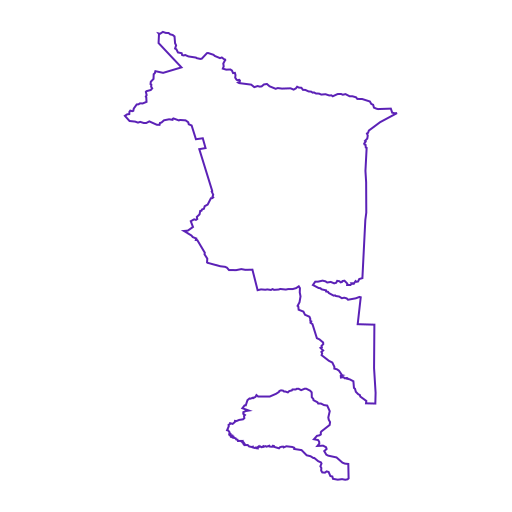 Kasena Nankana West, Upper East, Ghana, rotated 92°
{"feature_id": "2480657B70680953475259", "entity_name": "Kasena Nankana West", "entity_type": "district", "adm_level": 2, "iso_a3": "GHA", "parent_name": "Ghana", "parent_adm1": "Upper East", "projection": "equal_earth", "projection_center": [-1.202, 10.874], "detail": "fine", "context": "isolated", "style": "outline", "palette": "violet", "viewbox_px": 512, "rotation_deg": 92, "n_neighbors": 0, "source": "geoboundaries", "source_scale": "gbopen_adm2", "svg_char_len": 6061}
<svg xmlns="http://www.w3.org/2000/svg" viewBox="0 0 512 512"><g transform="rotate(92 256 256)"><path d="M120.5,391.9L125.5,387.1L125.9,381.5L126.8,378.6L126.0,376.4L127.0,372.8L126.9,370.3L125.2,367.3L128.3,359.7L128.3,357.0L126.4,356.6L125.9,355.1L123.6,352.7L122.4,347.6L122.8,344.2L121.8,344.0L121.4,343.3L123.2,337.8L122.7,336.8L122.9,331.1L124.7,328.4L126.7,327.8L127.8,324.9L141.4,320.1L140.2,313.3L149.9,310.2L151.2,316.4L192.6,302.0L193.1,302.5L196.3,300.9L198.1,301.5L198.9,300.8L199.7,301.7L199.9,303.1L206.3,306.1L208.0,309.0L210.6,309.7L211.4,311.6L212.7,312.1L212.9,313.3L216.4,313.9L219.0,316.5L221.1,316.0L222.0,317.3L221.5,319.1L223.5,322.4L229.2,320.0L233.0,325.0L233.5,328.9L237.8,321.2L239.3,319.9L240.6,316.3L242.1,316.7L242.2,315.2L254.5,307.3L256.1,307.5L260.3,304.6L264.1,304.7L264.5,304.2L267.5,291.3L267.9,286.5L268.7,284.6L271.0,282.5L270.8,275.3L269.6,270.2L270.2,266.2L269.8,259.1L290.1,253.2L289.2,249.8L289.4,245.5L289.0,243.5L289.4,239.9L288.5,238.3L289.2,236.8L288.7,232.1L288.1,230.7L288.5,225.0L287.9,222.6L287.8,218.3L286.7,214.8L284.8,212.2L286.6,211.0L290.9,211.0L294.8,210.1L300.7,210.9L304.4,212.7L304.9,212.0L308.2,211.5L309.9,206.7L313.0,205.0L314.8,200.5L316.7,199.6L318.9,199.5L319.4,198.5L320.8,199.2L322.1,197.2L336.0,192.3L337.1,189.7L340.1,185.9L341.7,185.7L343.6,187.4L344.9,187.0L345.6,188.3L348.1,185.6L349.6,187.3L350.9,186.5L352.8,187.0L358.2,179.5L359.8,176.0L364.0,173.8L365.8,173.8L366.4,171.2L367.7,169.1L371.4,166.4L372.0,166.7L372.2,165.7L372.8,167.1L374.5,166.9L374.0,164.4L375.1,163.1L374.7,160.8L375.1,160.2L375.5,160.5L376.0,158.0L377.8,154.3L384.4,153.5L385.3,152.4L388.2,151.5L390.5,149.1L391.4,147.3L392.8,146.9L397.0,140.7L399.4,140.9L399.3,131.6L388.6,131.7L363.9,134.1L320.5,135.3L320.6,152.0L293.6,149.9L293.3,151.2L294.8,154.8L296.5,162.5L295.2,163.9L294.6,166.4L295.2,168.7L293.6,171.5L293.2,174.8L292.6,175.6L292.9,177.0L290.5,181.9L289.3,182.8L289.0,184.7L287.9,184.8L287.0,189.4L286.0,190.4L285.8,192.3L283.0,198.1L279.6,195.9L279.5,193.2L278.3,188.6L278.9,185.7L280.0,183.9L279.3,180.4L280.6,176.9L279.9,174.9L278.0,174.0L278.3,171.8L279.4,170.4L278.8,169.0L278.0,168.7L277.6,166.7L280.4,163.8L281.8,163.9L281.7,160.6L280.4,159.6L280.4,158.7L279.9,159.2L279.8,157.0L277.6,155.6L278.3,154.8L277.9,153.1L275.4,152.0L274.4,148.9L216.2,148.0L208.8,147.3L178.5,148.5L167.1,149.6L144.1,149.2L143.7,150.1L141.1,150.4L140.7,151.5L139.8,151.8L137.9,150.4L137.2,151.1L134.8,148.9L131.8,148.5L129.7,149.4L129.0,148.3L126.7,147.6L117.9,136.6L108.3,120.1L108.5,122.4L108.0,124.9L104.0,126.4L104.9,139.2L104.6,140.7L103.6,143.3L100.8,144.2L100.0,146.1L97.6,147.6L95.4,155.4L95.5,160.2L93.9,161.6L93.0,165.2L93.1,168.0L91.1,172.2L91.8,174.9L91.1,176.7L91.3,180.1L93.7,184.9L92.8,186.2L93.0,188.4L91.9,192.2L92.4,196.4L91.5,198.7L91.5,201.8L90.5,203.8L90.8,205.0L89.8,206.7L89.7,209.2L88.3,212.5L88.3,214.9L86.3,216.5L86.2,219.0L85.4,220.8L87.1,222.0L88.4,224.2L87.2,227.3L87.8,235.9L87.4,240.1L88.2,242.2L85.9,248.4L83.7,251.1L84.3,254.1L86.3,256.3L86.6,258.2L86.1,260.3L87.3,263.6L84.9,266.8L83.8,278.8L83.3,279.8L82.6,278.4L81.2,278.2L80.5,279.0L81.0,280.4L80.6,281.5L78.5,283.0L75.9,282.8L73.7,283.5L74.0,285.3L71.5,286.5L70.5,288.1L70.8,292.3L69.9,295.7L67.6,294.9L64.8,295.4L61.1,293.6L60.8,292.8L60.9,294.1L58.8,297.1L59.5,298.9L57.5,304.2L56.4,305.5L54.8,311.0L55.0,312.1L60.7,317.1L61.0,318.5L60.3,322.3L59.8,322.9L58.9,330.5L57.6,333.8L58.1,335.2L57.8,336.8L55.9,337.4L55.3,341.1L52.2,342.8L51.5,344.1L48.3,343.2L46.2,344.3L39.4,345.1L38.0,347.0L37.5,349.5L36.2,351.1L36.2,353.9L35.3,356.9L37.3,359.7L37.0,361.1L37.5,360.7L46.6,360.8L70.1,337.1L76.2,355.2L74.8,363.0L76.8,363.5L77.9,364.6L82.6,364.6L85.5,367.2L87.9,367.4L88.4,366.6L90.5,366.7L92.1,365.6L93.8,367.0L95.1,371.2L95.8,371.8L99.0,370.9L100.6,371.7L101.2,371.2L105.8,370.8L107.5,374.6L107.5,377.3L108.5,378.7L108.7,380.5L112.9,383.3L115.2,383.7L115.6,384.8L115.1,386.7L116.2,387.5L118.6,387.6L118.9,389.7L120.5,391.9ZM447.4,252.6L447.9,250.6L447.4,249.5L448.1,249.0L448.2,247.6L447.1,247.8L446.3,246.8L447.0,246.7L446.1,245.3L446.9,243.9L445.9,242.1L446.5,242.0L445.7,239.8L446.2,238.8L445.2,236.2L445.9,236.0L446.1,234.0L446.0,232.7L445.1,232.5L445.2,231.5L446.1,231.2L447.4,226.3L446.3,225.4L445.7,223.7L445.6,222.1L446.3,221.7L445.1,219.0L445.6,213.1L446.3,211.1L447.5,211.1L448.4,203.7L453.4,198.4L454.2,194.5L455.9,191.6L455.8,190.7L458.9,186.7L460.0,183.9L461.1,183.3L463.9,184.3L465.6,183.3L468.1,183.4L470.0,182.2L470.1,179.5L468.8,177.9L469.3,175.9L473.3,174.0L473.7,172.0L476.0,171.3L476.7,166.5L476.0,162.2L476.5,159.0L476.0,156.7L475.0,155.7L460.6,156.5L460.4,159.9L459.5,162.4L454.5,168.5L453.0,176.9L452.1,178.8L448.6,181.0L446.4,178.7L444.7,179.3L443.2,182.3L443.7,188.0L441.3,186.2L439.4,186.4L437.8,187.5L437.1,191.7L433.6,188.8L433.0,186.3L432.1,185.0L429.9,185.1L429.0,184.5L422.3,176.5L419.4,176.2L417.1,177.6L414.8,178.1L408.5,176.9L403.0,179.6L402.6,182.9L401.2,185.9L401.3,188.7L400.0,189.5L398.1,193.5L396.8,193.8L395.2,195.3L390.3,195.6L388.7,197.2L386.9,201.1L386.9,202.6L388.5,206.2L387.2,208.8L387.3,210.7L388.0,211.6L388.1,214.9L389.1,215.5L389.8,218.0L391.2,219.4L390.4,222.0L390.5,223.2L389.6,224.3L389.4,226.3L390.1,227.9L391.1,228.4L393.0,231.1L396.0,237.4L396.4,248.9L395.0,250.7L396.8,251.6L398.1,253.8L397.7,254.1L398.8,256.6L398.6,257.5L400.4,259.5L405.6,261.0L405.7,262.2L408.6,264.3L410.7,257.8L411.3,260.8L412.5,263.2L414.2,263.2L415.3,261.5L416.3,262.4L418.5,262.0L419.7,263.3L420.4,267.1L421.7,269.9L421.5,271.2L422.6,271.3L424.6,273.5L424.0,276.0L424.8,276.1L425.7,277.5L427.2,277.3L431.1,278.8L431.3,277.7L433.2,276.2L434.8,276.5L434.8,275.4L435.7,275.6L435.9,274.7L436.3,275.3L436.6,274.2L436.9,274.9L437.6,274.8L437.7,274.2L436.9,273.6L437.0,272.8L437.6,272.8L437.5,272.2L438.1,271.6L438.5,272.0L438.9,270.0L440.0,269.4L440.2,268.1L441.5,267.6L441.3,263.6L441.8,264.0L442.2,262.7L442.7,262.7L442.6,262.0L443.0,261.7L443.1,262.5L444.6,260.6L444.8,261.5L445.4,261.0L445.2,257.7L446.6,256.2L447.0,253.7L446.7,252.6L447.4,252.6Z" fill="none" stroke="#5b21b6" stroke-width="2"/></g></svg>